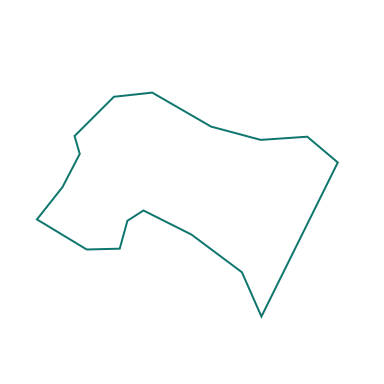 outline of Għasri, rotated 125°
{"feature_id": "MLT-5976", "entity_name": "Għasri", "entity_type": "state/province", "adm_level": 1, "iso_a3": "MLT", "parent_name": "Malta", "parent_adm1": "", "projection": "orthographic", "projection_center": [14.227, 36.06], "detail": "fine", "context": "isolated", "style": "outline", "palette": "teal", "viewbox_px": 384, "rotation_deg": 125, "n_neighbors": 0, "source": "natural_earth", "source_scale": "10m", "svg_char_len": 376}
<svg xmlns="http://www.w3.org/2000/svg" viewBox="0 0 384 384"><g transform="rotate(125 192 192)"><path d="M84.2,89.5L254.2,63.7L229.1,105.1L227.2,168.0L235.0,221.2L252.6,228.4L279.9,218.7L299.5,245.3L303.4,303.3L262.3,300.9L225.2,305.8L213.5,320.3L158.8,310.6L133.4,281.6L127.5,213.9L109.9,165.6L80.6,129.3L84.2,89.5Z" fill="none" stroke="#0f766e" stroke-width="2"/></g></svg>